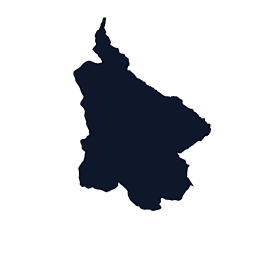 the district of Jardín, Antioquia, Colombia, rotated 127°
{"feature_id": "7082276B57305283238211", "entity_name": "Jardín", "entity_type": "district", "adm_level": 2, "iso_a3": "COL", "parent_name": "Colombia", "parent_adm1": "Antioquia", "projection": "natural_earth1", "projection_center": [-75.842, 5.568], "detail": "fine", "context": "isolated", "style": "filled", "palette": "ink", "viewbox_px": 256, "rotation_deg": 127, "n_neighbors": 0, "source": "geoboundaries", "source_scale": "gbopen_adm2", "svg_char_len": 5705}
<svg xmlns="http://www.w3.org/2000/svg" viewBox="0 0 256 256"><g transform="rotate(127 128 128)"><path d="M140.5,43.8L136.6,44.3L135.7,44.2L135.1,43.5L134.9,42.7L133.9,45.7L132.5,49.1L132.2,51.2L131.9,52.1L131.2,52.6L130.0,53.1L129.3,53.9L128.8,54.2L127.5,54.9L124.8,56.5L123.8,56.9L123.0,57.0L121.6,56.9L121.5,57.3L122.1,58.5L121.9,60.2L121.7,60.8L120.7,61.8L120.0,63.0L120.0,63.7L121.1,68.2L121.0,69.7L120.8,70.2L119.9,70.8L119.6,72.2L119.0,73.6L118.6,74.8L118.4,75.0L118.1,75.0L117.5,74.5L117.0,73.0L116.4,71.8L115.7,71.0L113.5,70.6L112.6,70.2L111.0,70.0L109.3,69.1L108.7,68.5L108.2,68.2L107.6,68.1L106.6,68.2L105.4,67.4L104.8,67.4L104.4,67.5L104.0,67.4L103.2,66.7L101.1,66.1L100.3,66.0L98.8,65.6L97.6,65.4L96.0,64.9L95.0,64.0L94.3,62.6L93.8,62.3L93.0,62.7L92.1,62.2L90.8,62.1L89.5,62.4L88.2,62.1L87.7,62.2L86.9,61.2L86.5,61.0L86.2,60.9L85.9,60.4L85.1,60.7L84.6,60.1L84.1,60.4L83.6,60.5L82.7,60.2L82.0,60.5L81.3,60.5L80.5,61.2L79.5,61.5L79.2,62.0L78.9,62.9L78.7,63.4L78.0,63.8L76.9,64.0L76.2,64.8L76.2,65.2L76.3,65.5L77.1,66.2L78.0,67.2L76.8,68.1L76.8,68.5L77.0,69.1L76.7,69.7L77.1,70.7L77.0,71.0L75.9,71.7L75.0,72.7L75.3,73.2L76.0,73.6L76.4,73.9L76.9,74.7L76.9,75.0L76.4,75.8L76.3,76.4L76.9,77.9L76.9,78.2L76.4,78.6L76.1,79.0L75.7,80.3L75.6,81.9L75.4,82.9L75.5,83.7L75.9,85.0L76.0,85.4L75.6,86.1L74.8,87.0L74.8,87.6L75.0,88.5L76.0,89.5L75.9,90.7L76.4,92.6L76.5,97.0L76.8,98.0L76.7,98.3L76.2,98.8L76.1,99.8L75.6,100.4L75.2,100.7L74.1,100.9L74.0,101.2L74.0,101.6L73.8,101.9L73.7,102.4L73.8,102.8L74.1,103.0L74.3,103.3L74.1,103.8L74.4,104.2L74.2,104.8L74.4,105.3L73.9,106.2L74.2,106.8L74.1,107.7L74.2,108.1L75.2,109.1L75.9,110.8L76.7,111.2L76.8,111.6L77.1,111.8L78.1,111.6L78.5,112.0L78.5,113.5L79.0,114.0L79.4,115.0L80.2,115.9L80.7,116.7L81.0,117.6L81.1,118.7L81.5,120.1L81.3,122.7L81.6,126.2L81.2,128.0L81.7,129.0L81.7,129.7L81.7,130.8L81.3,131.2L81.2,131.5L81.8,133.1L81.7,134.8L81.8,134.9L82.2,135.1L82.5,135.5L82.4,137.3L83.0,137.6L83.2,138.0L82.8,138.9L82.7,139.9L82.5,140.7L82.0,141.6L81.8,142.1L82.7,144.3L82.6,144.8L82.2,145.4L82.5,146.1L82.6,146.4L82.6,146.8L82.3,147.8L82.4,148.2L83.2,149.9L83.3,150.6L83.8,151.2L83.1,151.7L82.6,153.7L82.3,154.2L82.2,155.0L82.0,155.9L81.8,159.8L81.5,160.6L81.5,160.9L81.5,161.1L82.2,161.7L82.8,162.5L83.1,163.6L82.7,164.2L81.9,164.2L81.6,164.5L81.1,165.2L81.0,165.7L80.2,165.3L79.5,165.4L79.3,165.5L79.1,166.2L78.8,166.6L78.3,166.5L77.8,165.5L77.2,165.3L77.0,166.2L76.8,166.3L76.1,166.2L75.8,166.3L75.3,167.5L74.8,167.9L72.9,169.6L73.1,170.8L72.9,172.3L73.1,173.2L72.7,173.9L72.5,174.6L72.1,174.8L72.0,175.4L72.4,176.4L73.5,178.1L73.5,179.7L73.8,180.7L73.1,181.5L72.7,181.5L72.3,181.9L71.4,183.2L71.2,183.3L71.0,183.8L71.2,184.4L71.5,185.2L72.1,185.7L72.3,186.2L72.7,188.7L72.7,190.6L72.8,191.0L72.9,192.0L72.8,192.6L73.0,193.1L71.7,193.4L70.6,193.5L70.1,194.5L69.4,195.0L69.0,196.1L67.8,198.0L67.6,198.9L67.5,201.5L67.2,202.7L66.8,203.3L66.5,203.5L65.2,203.5L64.7,203.9L63.4,206.8L62.4,208.2L60.4,208.7L59.2,209.4L58.3,209.6L56.0,211.1L54.0,212.1L54.8,213.3L55.2,213.3L58.4,211.9L59.1,211.7L60.2,211.8L61.1,211.7L62.4,210.8L66.6,209.8L67.5,209.6L67.8,210.0L68.2,210.1L68.4,210.4L68.7,210.6L73.0,209.9L73.9,209.5L74.3,209.1L74.6,208.7L74.9,207.9L75.4,207.3L76.9,206.7L78.1,205.8L78.5,205.3L79.0,204.0L79.7,203.4L80.2,203.1L81.8,202.9L82.9,203.2L86.0,203.2L86.4,201.0L86.9,199.5L86.9,196.0L87.5,195.4L88.0,194.6L88.2,191.9L89.0,190.2L89.8,188.4L90.9,187.6L91.9,187.7L92.4,188.1L94.5,189.8L95.4,191.0L96.5,193.2L97.5,197.4L98.0,198.9L99.2,200.0L101.0,201.1L103.3,201.7L104.8,202.0L107.6,202.1L109.2,202.4L114.3,204.4L115.9,204.6L117.0,203.8L118.1,202.7L119.4,200.0L120.8,198.4L121.6,197.8L123.8,191.4L125.0,189.4L126.3,187.6L127.6,185.4L128.9,182.0L129.8,181.3L132.1,180.8L133.9,180.9L136.1,180.6L136.4,180.5L137.4,179.7L137.7,178.9L137.9,176.6L138.4,174.7L138.9,173.6L139.8,172.4L140.7,171.6L144.5,169.4L146.9,165.5L147.8,164.5L149.6,163.2L150.3,162.1L151.9,159.1L152.1,158.5L152.8,157.4L153.6,156.5L154.3,156.2L154.8,155.7L155.2,154.9L155.6,154.5L156.2,154.3L157.3,154.2L159.4,155.1L161.0,154.9L162.3,155.0L163.1,155.5L164.5,156.9L165.2,157.5L166.0,157.7L166.6,157.7L167.1,157.5L167.7,156.7L169.7,153.5L171.6,152.2L171.9,151.3L172.0,148.6L172.3,147.1L172.7,146.7L173.5,146.7L174.1,146.5L177.2,144.6L181.3,143.0L183.3,143.5L186.8,143.1L187.8,143.2L188.6,143.1L189.5,142.9L190.2,142.4L191.2,141.1L192.4,140.1L195.3,137.7L196.1,137.4L196.8,137.0L199.7,133.2L200.8,132.6L201.5,132.1L201.9,130.5L202.0,129.7L201.7,129.2L201.2,128.7L200.3,128.1L199.9,127.6L200.0,124.9L199.8,123.9L199.5,123.4L199.2,123.1L198.2,122.4L196.5,121.5L196.1,121.1L195.6,120.6L195.6,119.8L195.9,119.0L195.9,118.4L195.6,117.8L195.2,117.4L195.0,116.0L193.8,114.3L192.4,110.7L192.0,107.9L191.5,106.7L190.6,106.5L188.9,105.1L187.4,104.8L184.9,103.0L183.0,102.3L181.9,102.1L180.2,101.9L179.7,102.6L177.6,103.5L176.9,103.3L176.6,103.1L176.4,102.6L176.2,102.0L176.2,101.6L176.7,100.7L176.7,97.5L177.1,94.4L177.1,93.0L177.7,90.7L178.3,89.4L179.3,88.9L180.1,88.2L181.6,86.6L183.2,83.7L183.6,82.7L184.1,78.6L184.2,76.5L184.2,76.0L184.5,75.3L184.5,74.8L184.0,73.3L183.5,72.8L183.1,72.6L183.0,72.3L182.9,72.0L183.1,71.5L183.4,71.2L183.7,70.4L183.9,68.6L183.7,68.1L182.5,65.7L181.5,64.7L179.6,62.3L179.1,61.0L179.1,59.5L178.5,58.5L177.6,57.6L175.5,56.0L173.9,54.6L173.1,54.1L172.2,54.0L171.7,54.2L171.5,54.8L171.0,56.2L171.0,57.0L170.7,57.9L170.4,58.1L169.9,58.2L169.6,58.0L169.0,57.9L167.6,57.9L165.3,59.8L164.3,59.9L163.9,59.9L162.7,59.3L162.4,58.9L162.2,58.3L161.8,55.0L159.9,52.1L159.2,50.8L158.9,49.6L158.8,49.4L157.4,48.5L156.7,47.6L155.9,46.1L155.3,44.5L154.5,43.8L152.8,43.1L152.0,43.0L150.3,43.8L148.6,44.1L142.9,44.4L140.5,43.8Z" fill="#0f172a" stroke="#020617" stroke-width="1.5"/></g></svg>